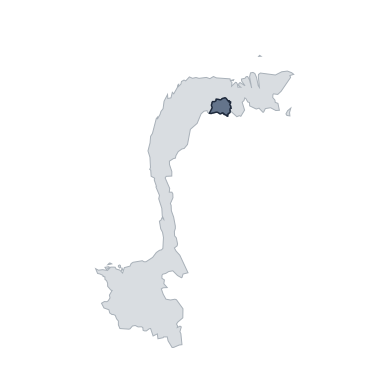 Bình Phước highlighted on a map of Vietnam, rotated 212°
{"feature_id": "VNM-484", "entity_name": "Bình Phước", "entity_type": "Province", "adm_level": 1, "iso_a3": "VNM", "parent_name": "Vietnam", "parent_adm1": "", "projection": "orthographic", "projection_center": [106.812, 11.797], "detail": "fine", "context": "in_parent", "style": "filled", "palette": "slate", "viewbox_px": 384, "rotation_deg": 212, "n_neighbors": 0, "source": "natural_earth", "source_scale": "10m", "svg_char_len": 5369}
<svg xmlns="http://www.w3.org/2000/svg" viewBox="0 0 384 384"><g transform="rotate(212 192 192)"><path d="M233.1,75.9L229.9,76.1L226.6,78.8L222.1,80.6L221.1,85.3L217.4,87.5L215.6,86.5L211.9,87.5L207.9,86.5L209.3,92.0L205.3,96.3L205.7,99.1L204.7,101.2L197.7,107.4L195.7,107.4L194.1,108.4L190.7,115.7L190.2,121.8L188.7,125.3L187.2,126.8L186.8,128.7L192.1,138.3L195.6,142.2L199.0,144.2L204.2,150.0L203.4,151.5L203.8,154.7L201.3,153.7L201.6,154.1L204.5,155.9L208.9,162.1L216.6,168.6L217.8,171.9L225.3,177.2L225.1,177.9L230.4,182.2L231.0,183.9L235.0,183.7L238.6,188.7L239.8,188.7L240.2,190.8L246.1,199.2L251.1,203.5L253.6,211.4L256.6,217.3L256.6,220.8L261.2,235.3L260.9,237.2L260.0,235.4L260.2,240.9L261.0,243.8L260.7,247.4L263.8,254.2L264.4,261.7L262.1,258.5L259.7,260.7L261.5,266.1L259.5,265.6L259.8,272.8L260.7,275.2L260.4,276.2L259.4,274.3L258.6,277.7L259.5,280.1L258.1,282.7L256.2,282.9L255.2,288.2L251.8,288.7L249.3,291.2L246.3,292.1L240.5,296.8L236.9,297.6L235.0,301.3L231.8,301.7L219.7,308.1L218.3,306.6L216.1,306.0L214.5,302.6L213.2,308.1L212.3,308.4L210.5,307.4L208.7,305.2L206.2,306.7L209.0,307.1L209.7,308.6L209.3,310.3L203.3,310.2L208.7,312.4L209.9,314.0L207.3,316.6L207.2,318.5L206.0,319.4L202.9,317.7L196.5,311.8L204.2,320.2L205.5,324.0L203.7,325.7L201.5,325.8L197.9,323.3L192.1,317.2L190.2,316.4L196.9,325.0L197.9,326.9L197.1,329.1L183.3,335.4L179.6,341.5L175.2,345.1L170.6,346.0L168.1,345.7L170.7,342.6L169.1,341.4L169.8,324.6L171.0,320.2L174.9,318.4L175.0,317.5L173.6,314.9L170.4,313.9L168.9,312.1L166.1,312.7L161.2,307.6L164.1,305.5L170.0,305.1L174.0,301.6L173.6,297.7L174.1,297.2L179.6,298.6L181.5,296.4L188.7,295.6L190.7,298.3L192.4,297.9L195.7,299.7L197.1,299.8L196.4,297.1L197.0,294.7L190.8,289.3L190.7,282.1L192.3,281.8L193.9,279.6L202.0,281.1L202.3,275.6L208.2,274.9L209.5,273.4L212.9,272.9L218.7,268.1L221.1,267.8L222.4,269.0L224.7,266.8L225.7,263.1L224.0,252.9L226.6,244.3L221.0,229.9L221.7,224.8L223.4,223.1L225.1,218.9L224.9,214.2L224.0,212.0L225.5,210.4L227.5,206.2L225.7,203.4L219.9,198.6L217.6,194.8L222.2,191.6L222.2,189.7L212.8,183.2L211.2,179.8L209.0,181.2L207.3,180.3L205.1,177.0L204.2,170.7L202.7,169.7L199.6,165.2L194.3,161.0L188.1,154.3L186.8,152.2L186.0,149.1L183.5,145.6L181.0,144.8L176.7,140.3L176.1,138.4L177.3,135.2L174.3,133.5L168.8,131.9L152.6,121.4L156.1,117.7L155.2,114.3L155.5,113.7L160.0,113.5L166.5,115.0L169.6,112.2L171.1,109.1L173.3,106.7L173.3,105.4L171.8,102.9L168.8,102.8L167.3,99.3L162.4,97.8L165.7,95.5L166.7,93.6L162.2,90.0L157.3,87.3L153.0,89.0L149.7,92.0L148.1,92.4L137.8,88.2L133.1,80.4L135.1,74.2L135.2,71.8L133.2,70.7L132.7,69.2L131.1,71.9L129.6,71.9L128.2,67.1L126.4,66.0L119.6,57.2L121.8,55.4L125.2,50.5L126.5,49.6L133.4,53.1L136.2,56.0L139.3,54.1L139.3,53.1L143.1,49.5L146.2,53.3L148.7,49.3L154.8,54.3L155.8,53.4L157.1,50.0L158.8,49.0L160.2,48.8L161.8,50.9L163.2,51.0L166.3,49.0L169.4,48.7L171.5,46.8L172.1,43.0L172.9,42.2L180.8,38.0L184.0,40.3L186.1,43.6L188.8,44.5L191.7,46.7L194.0,46.4L194.8,45.7L197.6,45.8L200.1,48.1L205.2,47.0L209.8,49.7L208.3,52.6L206.0,53.9L205.4,55.4L205.4,58.7L207.4,60.8L207.6,66.2L208.8,65.8L213.5,67.3L215.3,70.0L217.6,71.6L219.4,71.7L221.0,73.9L222.6,73.2L223.3,74.1L226.6,73.7L228.9,72.9L233.1,75.9ZM153.7,308.0L154.0,311.5L152.7,315.6L151.4,311.1L149.3,308.4L152.1,307.2L153.7,308.0ZM225.9,82.0L223.1,84.5L222.0,84.5L223.4,80.9L225.9,82.0ZM214.8,91.7L213.9,91.8L212.4,90.1L213.2,89.2L215.0,89.8L215.4,90.6L214.8,91.7ZM224.4,88.0L223.3,88.5L222.0,88.5L224.9,85.7L224.4,88.0ZM210.1,88.0L211.3,90.7L209.6,89.3L210.1,88.0ZM218.4,307.1L216.1,309.4L215.9,308.3L218.4,307.1ZM207.1,343.7L205.4,343.7L207.3,342.3L207.1,343.7Z" fill="#d9dde1" stroke="#a8b0b8" stroke-width="1"/><path d="M211.8,273.2L212.6,273.1L213.4,272.8L213.8,272.5L215.2,271.0L215.9,270.2L216.4,269.9L216.7,269.6L216.8,269.3L217.4,268.7L218.6,268.1L219.0,268.0L219.4,273.1L219.6,274.1L219.9,274.6L221.1,275.4L221.4,275.7L221.7,276.2L221.8,276.7L222.0,277.6L222.1,278.0L222.3,278.3L222.5,278.5L222.5,279.0L222.3,279.7L221.0,280.4L220.8,280.6L220.6,280.9L220.2,281.7L220.1,282.0L220.1,282.3L220.4,282.7L220.6,283.0L220.7,283.6L219.1,284.4L217.2,285.0L216.8,285.2L216.5,285.5L216.3,285.8L216.2,286.1L216.1,286.4L216.1,286.7L216.0,286.9L216.0,287.0L215.7,287.4L215.5,287.8L215.3,288.0L214.8,288.5L214.5,288.7L214.3,288.9L214.3,289.0L214.2,289.2L214.1,289.3L213.6,289.5L212.9,289.5L211.9,289.2L210.4,288.6L210.0,288.4L209.7,288.4L209.6,288.6L209.2,288.9L208.7,289.1L208.4,288.9L208.7,288.6L208.7,288.4L208.6,288.2L208.3,288.0L208.1,287.9L207.9,288.0L207.8,288.5L207.7,288.7L207.5,288.8L207.1,288.8L206.9,288.8L206.8,288.6L206.8,288.3L206.7,288.2L206.5,287.9L206.4,287.7L206.4,287.3L206.5,287.0L206.5,286.6L206.5,286.4L206.3,286.2L206.1,286.1L205.5,285.7L205.2,285.5L204.9,285.5L204.7,285.4L204.4,285.2L204.3,284.8L204.2,284.6L203.9,284.4L203.6,284.2L203.3,283.9L203.5,283.8L203.8,283.7L203.8,283.4L203.8,283.0L203.4,281.8L203.2,281.4L202.7,281.2L202.5,280.8L202.0,279.8L201.9,279.5L202.0,279.2L202.2,278.9L202.4,278.6L202.4,278.4L202.4,278.0L202.4,277.9L202.7,277.4L202.8,277.4L202.7,276.8L202.1,275.7L201.9,275.2L202.3,275.0L202.6,275.0L202.9,275.0L203.0,275.2L203.1,275.3L203.2,275.5L203.5,275.5L204.1,275.1L205.1,275.1L206.9,275.3L206.7,275.0L207.7,275.2L208.2,275.1L208.6,274.6L208.8,273.9L209.2,273.4L209.6,273.1L210.0,273.1L210.3,273.1L211.8,273.2Z" fill="#64748b" stroke="#1e293b" stroke-width="1.5"/></g></svg>